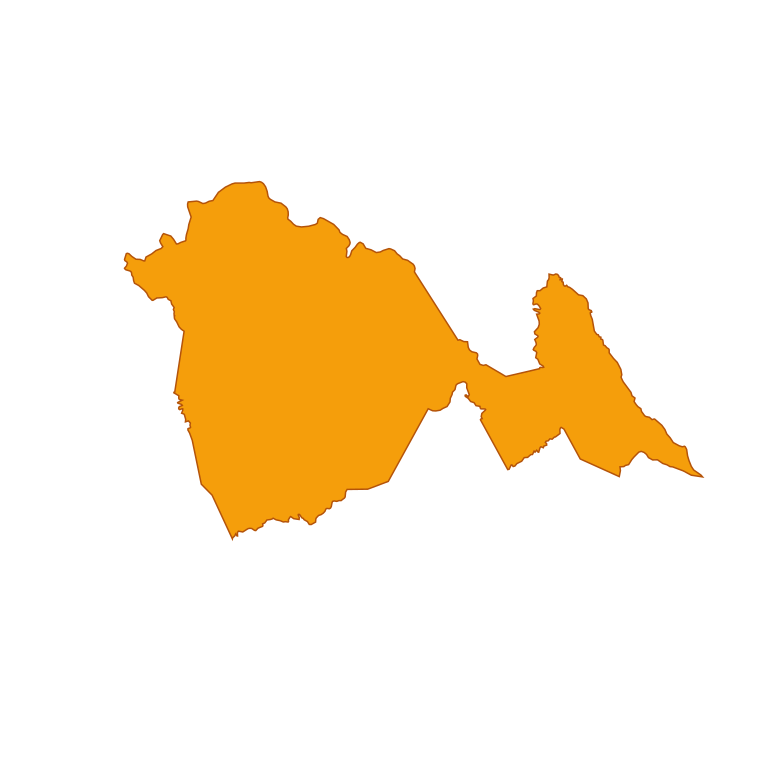 El Rosario, Comayagua, Honduras, rotated 234°
{"feature_id": "27666195B23416368136478", "entity_name": "El Rosario", "entity_type": "district", "adm_level": 2, "iso_a3": "HND", "parent_name": "Honduras", "parent_adm1": "Comayagua", "projection": "orthographic", "projection_center": [-87.754, 14.601], "detail": "fine", "context": "isolated", "style": "filled", "palette": "amber", "viewbox_px": 768, "rotation_deg": 234, "n_neighbors": 0, "source": "geoboundaries", "source_scale": "gbopen_adm2", "svg_char_len": 6171}
<svg xmlns="http://www.w3.org/2000/svg" viewBox="0 0 768 768"><g transform="rotate(234 384 384)"><path d="M626.3,393.4L628.8,388.9L634.1,381.6L635.2,378.7L636.5,371.4L636.4,362.7L633.0,353.4L634.6,350.0L635.3,345.8L636.5,343.5L640.7,341.2L642.1,339.9L646.4,332.6L645.1,330.9L642.7,329.3L632.4,326.1L627.8,319.9L624.7,316.8L620.9,311.9L618.4,309.4L616.9,308.4L616.5,307.6L618.0,302.9L618.5,299.7L619.3,298.4L624.8,298.8L629.0,298.5L635.2,294.1L635.0,292.8L631.8,286.8L629.3,286.1L625.1,285.8L624.6,283.5L626.0,278.0L625.8,272.4L626.6,266.1L624.2,262.8L624.8,262.0L628.1,260.0L630.7,256.7L635.3,255.0L639.4,254.2L640.7,253.1L640.9,252.1L637.3,247.3L636.2,246.9L633.8,247.7L632.5,247.5L630.8,244.9L630.2,242.1L629.4,242.0L628.1,242.3L624.9,244.8L623.7,245.3L622.3,245.1L620.5,244.0L617.8,243.8L614.8,242.2L612.2,241.4L607.8,243.5L600.5,245.2L597.0,245.5L593.0,244.8L588.0,245.6L587.5,246.3L587.1,250.8L584.1,255.5L582.7,258.9L581.5,259.5L579.3,259.2L576.6,260.5L573.5,259.2L569.3,259.2L568.1,257.4L565.8,256.9L564.5,255.6L562.4,254.3L562.2,254.6L561.4,253.7L559.9,252.9L556.1,252.8L550.6,251.8L547.4,252.2L544.2,253.3L500.4,209.9L500.8,209.3L500.4,208.8L495.1,211.1L493.2,209.6L491.9,209.3L489.5,211.3L490.3,206.2L489.6,206.0L486.5,208.2L485.2,208.2L486.0,205.1L485.4,203.9L484.5,203.3L483.3,203.7L482.7,206.0L482.2,206.6L481.0,205.7L479.3,203.1L477.4,204.4L476.6,204.5L472.0,202.8L470.1,201.1L469.1,204.1L466.2,204.4L464.7,202.8L462.7,202.1L462.5,201.2L463.1,199.2L462.0,198.3L458.6,197.9L451.2,195.8L410.3,177.3L395.1,179.6L347.8,170.3L348.5,171.1L348.9,174.1L349.9,175.9L347.4,175.8L347.1,176.2L349.9,178.0L350.5,179.7L347.3,182.8L346.9,189.0L346.1,190.7L344.8,192.1L341.7,193.2L340.8,194.1L341.4,197.4L340.2,202.1L340.9,203.0L342.2,203.6L341.7,205.9L342.8,209.4L341.2,212.3L340.5,214.4L340.6,215.4L337.5,216.9L334.4,219.7L331.6,221.4L330.5,223.4L328.7,225.3L328.9,226.0L330.3,226.8L331.5,229.5L331.6,230.6L328.1,231.8L324.3,235.7L325.8,237.0L328.5,237.6L328.8,238.0L328.5,238.7L327.6,239.0L324.0,238.9L322.7,239.7L321.2,239.6L317.7,241.2L314.3,241.0L313.1,242.5L312.5,247.5L315.0,249.6L315.5,250.7L316.1,253.8L315.3,256.3L315.2,258.9L315.7,261.4L317.0,263.4L316.9,264.7L315.2,266.5L315.1,267.8L315.8,269.3L318.8,272.5L319.2,273.5L318.7,274.9L316.8,276.8L316.1,279.1L314.9,280.7L315.0,285.0L315.5,286.2L319.2,289.5L320.4,292.2L308.5,309.0L302.7,330.2L338.0,405.2L333.8,407.6L331.8,410.0L329.8,414.0L329.6,417.4L328.7,421.8L330.7,426.8L333.5,429.3L335.5,432.9L337.1,434.5L337.8,438.2L340.7,441.5L341.0,443.6L339.5,449.3L337.8,450.8L335.5,451.1L332.3,448.7L325.2,446.7L324.3,444.7L327.0,444.0L327.2,443.0L326.2,442.5L322.9,443.7L318.9,443.8L316.0,445.9L312.4,445.7L309.5,448.5L308.2,447.8L306.9,447.8L304.5,451.0L303.7,451.3L303.3,450.7L302.7,445.9L300.5,443.5L298.3,443.1L298.8,442.3L298.4,441.0L242.0,433.8L241.5,435.1L243.7,439.2L243.4,439.9L241.3,440.0L240.7,441.7L241.5,444.7L240.6,450.0L242.0,454.2L240.2,457.1L240.6,461.2L239.7,462.7L241.5,466.0L240.1,466.2L240.7,468.6L238.3,468.6L237.9,469.1L240.5,472.4L241.0,473.6L240.9,474.1L238.8,475.4L239.8,476.9L238.9,479.7L240.2,480.5L241.9,480.2L242.5,481.5L241.5,483.5L242.1,486.0L240.5,487.6L240.9,490.7L240.4,491.6L240.5,497.3L243.8,499.5L244.7,500.8L244.8,501.8L241.8,503.1L208.0,498.7L170.8,519.9L175.0,524.4L178.3,526.2L176.2,529.5L176.2,531.5L175.0,534.5L177.2,540.1L178.0,543.4L179.1,550.1L178.3,552.5L175.8,554.2L172.7,555.0L169.0,554.7L164.7,556.7L161.9,560.7L155.9,562.8L152.2,565.5L149.1,566.8L147.3,568.8L137.9,575.0L129.6,579.0L121.6,587.1L124.0,586.9L132.4,584.0L136.7,584.2L142.7,585.7L147.5,587.4L153.2,590.4L156.1,590.8L157.0,590.5L157.9,588.4L160.5,586.5L166.6,583.6L172.2,583.9L177.3,583.4L182.1,584.5L187.3,584.5L196.4,582.4L196.9,582.0L197.6,579.9L201.0,579.2L203.7,576.8L205.1,576.2L210.4,576.2L213.1,577.3L216.4,576.1L218.9,575.9L222.8,576.0L225.1,578.8L228.7,577.7L232.1,578.9L245.3,578.8L248.5,579.4L250.2,579.8L251.7,581.8L256.6,584.2L264.3,585.4L269.8,584.7L276.8,584.5L279.4,586.3L280.4,586.4L282.4,585.6L285.0,585.4L286.5,584.5L290.9,586.8L291.6,586.8L292.9,585.8L294.4,587.0L295.7,585.9L297.9,586.3L299.0,585.3L303.2,585.3L313.9,590.5L317.9,591.5L320.3,592.6L320.6,593.2L320.0,594.2L320.4,594.6L321.6,594.8L323.5,593.6L324.9,593.5L329.7,596.7L333.9,597.7L338.6,596.8L341.8,593.8L349.8,592.1L353.0,591.0L354.7,589.8L356.5,589.8L356.6,588.2L357.3,587.5L358.9,587.5L361.1,588.8L362.3,588.1L364.1,590.0L364.5,589.8L364.5,588.2L364.9,587.7L366.2,589.3L367.6,588.5L369.1,589.0L370.7,588.8L372.0,587.7L372.6,585.0L375.9,582.1L373.0,580.1L371.8,578.7L371.2,576.7L366.9,572.8L368.1,569.2L367.8,565.1L369.4,562.8L368.2,561.0L365.7,559.0L365.6,554.8L363.4,553.7L361.6,551.8L360.6,551.4L360.1,551.7L359.4,554.1L358.3,555.1L356.1,555.4L353.0,555.1L352.6,554.4L352.8,553.6L356.3,550.3L356.8,548.8L355.2,548.9L351.1,551.4L349.8,551.7L349.6,550.5L350.8,548.5L343.8,546.5L341.1,544.8L339.0,541.8L337.9,536.4L335.8,535.5L332.7,536.8L331.9,536.6L331.5,535.7L331.4,532.1L328.0,531.3L326.5,530.5L325.9,529.6L325.3,527.0L324.2,525.0L323.3,525.0L321.2,526.1L319.6,526.0L316.1,522.2L313.6,523.0L308.7,521.8L305.0,523.3L303.7,523.1L303.9,522.3L305.6,520.2L305.6,519.5L305.0,518.8L318.4,487.0L339.6,477.8L340.7,475.2L343.5,473.2L349.6,473.9L352.0,476.6L353.3,477.3L355.0,477.0L358.5,474.0L361.3,473.2L364.1,473.7L369.1,476.4L371.4,473.5L375.2,471.4L376.0,469.6L456.8,474.5L459.2,477.0L461.6,477.9L463.7,478.0L470.2,475.8L474.2,472.6L478.5,472.1L481.5,471.1L485.6,470.9L489.3,468.8L490.6,467.6L492.5,461.9L493.0,458.6L494.9,455.0L500.2,452.4L504.5,449.0L509.6,449.5L512.6,448.1L513.0,447.2L512.8,444.8L511.5,440.9L510.7,436.2L508.2,432.9L507.3,431.0L507.4,429.3L508.2,428.4L509.3,428.4L513.2,432.0L515.8,433.2L516.4,436.8L517.4,438.8L518.5,439.8L521.2,440.7L525.0,440.9L529.4,438.4L532.5,437.5L535.2,438.2L542.7,437.1L553.3,432.3L556.1,430.2L555.9,427.5L553.3,424.6L553.4,422.3L555.9,415.8L559.6,409.5L563.3,405.8L566.4,404.7L570.5,404.2L573.9,403.2L575.2,403.9L577.0,405.9L579.7,407.7L582.6,408.7L584.9,408.7L590.8,407.0L595.4,402.8L600.2,400.6L602.3,400.2L604.2,400.6L608.5,402.7L613.1,404.1L616.9,404.2L619.2,403.5L620.9,402.3L624.9,394.8L626.3,393.4Z" fill="#f59e0b" stroke="#b45309" stroke-width="1.5"/></g></svg>